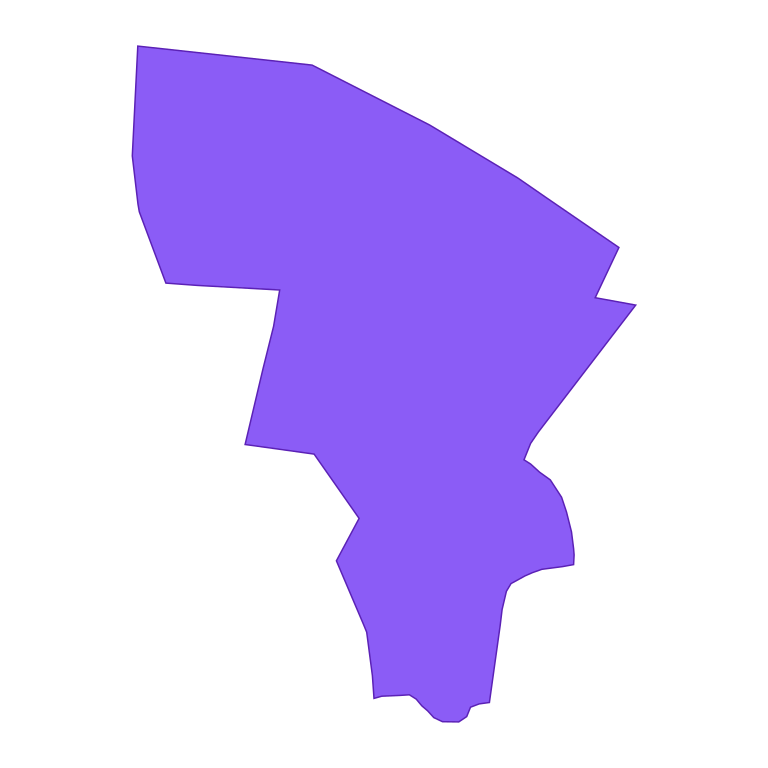 São João da Canabrava, Piauí, Brazil
{"feature_id": "56859067B69117029069453", "entity_name": "São João da Canabrava", "entity_type": "district", "adm_level": 2, "iso_a3": "BRA", "parent_name": "Brazil", "parent_adm1": "Piauí", "projection": "albers", "projection_center": [-41.371, -6.715], "detail": "fine", "context": "isolated", "style": "filled", "palette": "violet", "viewbox_px": 768, "rotation_deg": 0, "n_neighbors": 0, "source": "geoboundaries", "source_scale": "gbopen_adm2", "svg_char_len": 838}
<svg xmlns="http://www.w3.org/2000/svg" viewBox="0 0 768 768"><path d="M489.4,702.5L500.2,625.3L502.1,609.5L506.4,591.3L511.0,583.6L525.0,575.9L532.3,572.7L541.9,569.3L562.6,566.6L573.6,564.6L574.1,554.9L573.6,548.6L571.5,531.9L566.5,512.0L561.6,497.3L550.3,479.9L539.6,472.2L530.7,464.1L524.0,459.8L530.6,443.4L538.3,432.1L635.7,305.1L595.2,297.7L618.9,247.5L545.3,197.0L518.1,178.2L429.6,125.0L312.1,65.1L137.8,46.1L132.3,155.9L138.0,204.3L139.3,211.8L165.9,283.1L197.1,285.4L279.7,290.0L273.6,326.3L265.7,358.0L263.1,368.4L245.1,444.5L314.1,454.1L359.1,518.4L336.4,560.8L363.8,625.1L366.7,632.2L372.4,675.7L374.0,698.4L381.8,696.2L400.0,695.4L409.4,694.8L416.2,699.1L421.9,705.9L427.6,710.8L433.8,717.6L442.5,721.7L458.8,721.9L466.7,716.6L470.5,707.2L479.2,703.9L489.4,702.5Z" fill="#8b5cf6" stroke="#5b21b6" stroke-width="1.5"/></svg>